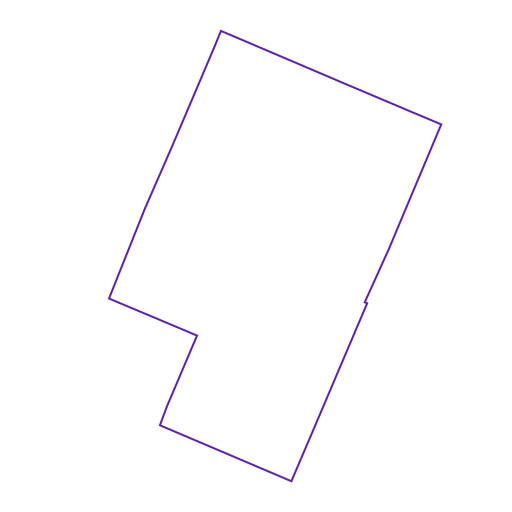 the district of Caddo, Oklahoma, United States of America, rotated 203°
{"feature_id": "52423323B82661835696463", "entity_name": "Caddo", "entity_type": "district", "adm_level": 2, "iso_a3": "USA", "parent_name": "United States of America", "parent_adm1": "Oklahoma", "projection": "mercator", "projection_center": [-98.392, 35.203], "detail": "fine", "context": "isolated", "style": "outline", "palette": "violet", "viewbox_px": 512, "rotation_deg": 203, "n_neighbors": 0, "source": "geoboundaries", "source_scale": "gbopen_adm2", "svg_char_len": 435}
<svg xmlns="http://www.w3.org/2000/svg" viewBox="0 0 512 512"><g transform="rotate(203 256 256)"><path d="M135.4,62.5L135.4,71.1L135.3,111.2L135.2,255.9L137.8,255.9L136.4,315.2L136.5,324.8L136.9,449.5L170.7,449.4L242.5,449.3L376.2,449.5L376.0,433.4L376.0,377.3L376.1,320.0L376.8,256.2L374.7,159.4L281.7,159.7L279.2,159.7L279.2,82.2L278.3,62.7L276.1,62.6L243.0,62.6L135.4,62.5Z" fill="none" stroke="#5b21b6" stroke-width="2"/></g></svg>